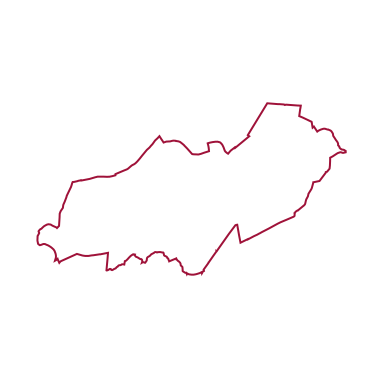 outline of Bunnik, Utrecht, Netherlands, rotated 122°
{"feature_id": "6326949B29533693769224", "entity_name": "Bunnik", "entity_type": "district", "adm_level": 2, "iso_a3": "NLD", "parent_name": "Netherlands", "parent_adm1": "Utrecht", "projection": "natural_earth1", "projection_center": [5.219, 52.039], "detail": "fine", "context": "isolated", "style": "outline", "palette": "rose", "viewbox_px": 384, "rotation_deg": 122, "n_neighbors": 0, "source": "geoboundaries", "source_scale": "gbopen_adm2", "svg_char_len": 5820}
<svg xmlns="http://www.w3.org/2000/svg" viewBox="0 0 384 384"><g transform="rotate(122 192 192)"><path d="M246.8,298.5L248.0,298.3L249.8,297.8L251.7,297.3L261.6,296.2L262.8,295.8L263.7,295.6L267.8,294.8L270.8,294.4L271.7,294.1L273.6,293.2L273.9,293.1L274.6,293.1L276.9,293.2L277.5,293.2L278.1,293.2L280.5,292.7L283.6,290.9L291.2,286.8L294.1,287.4L294.0,287.8L293.9,288.3L294.1,289.5L294.5,292.5L294.5,294.6L294.8,295.3L295.5,296.8L296.1,297.3L296.6,297.8L298.2,298.7L299.3,299.3L301.7,300.0L302.9,300.2L303.1,300.3L303.7,300.8L304.3,301.0L305.3,301.2L306.6,301.3L307.1,300.8L307.5,300.1L307.7,299.9L308.2,299.8L310.7,299.6L311.2,299.6L311.5,299.4L314.5,297.7L315.0,297.4L315.5,297.0L316.6,295.9L317.2,295.4L317.5,295.1L317.6,294.7L317.7,293.7L317.8,293.1L317.7,292.8L316.6,291.8L316.4,291.6L315.6,291.1L314.8,290.4L314.4,289.8L314.0,288.8L313.9,287.7L313.6,286.1L313.5,285.1L313.5,282.7L313.7,281.0L313.9,279.9L314.1,278.9L314.5,278.0L314.9,277.2L316.2,275.5L316.9,274.7L317.8,273.9L318.6,273.3L319.7,272.7L320.7,272.4L322.9,271.8L321.6,271.1L319.9,270.6L320.4,270.0L322.4,267.0L320.9,266.8L320.1,266.5L305.5,256.8L304.2,252.3L304.0,251.5L303.4,250.0L302.8,248.7L301.8,247.0L300.9,245.7L299.1,243.7L297.8,242.0L293.7,237.2L293.6,236.9L288.1,231.0L293.5,228.2L303.8,223.0L303.8,222.9L303.7,222.7L303.1,222.1L302.3,221.6L301.9,221.4L301.0,221.1L300.7,220.8L300.5,220.4L300.4,220.1L300.4,219.9L300.7,219.6L300.8,219.2L300.7,218.7L300.6,218.4L299.9,217.9L298.3,217.1L297.3,216.3L295.9,216.1L295.5,216.0L294.7,215.5L294.2,215.5L293.2,215.3L292.7,214.9L292.1,214.1L291.7,213.7L290.6,213.2L290.4,213.0L290.1,212.6L289.5,211.3L289.4,211.0L286.2,212.3L285.8,211.9L285.1,211.5L283.1,211.0L281.2,210.7L278.6,210.1L276.3,209.1L275.9,208.7L275.7,208.3L275.3,207.3L276.0,207.2L276.0,206.9L276.5,205.8L276.6,205.1L276.3,203.6L276.3,200.6L276.1,199.8L276.0,199.6L275.8,199.4L275.8,199.1L275.9,198.7L276.3,198.1L277.1,197.5L277.3,197.3L278.5,197.0L278.1,196.8L277.8,196.5L277.3,196.0L277.2,195.8L277.1,195.3L276.9,194.3L276.8,194.2L274.1,194.1L272.3,195.0L271.4,195.2L270.6,195.0L270.2,194.8L268.9,194.1L268.4,193.9L267.3,193.7L266.3,193.5L265.2,192.8L264.3,192.3L263.8,192.0L263.0,191.8L262.5,191.4L262.1,190.8L262.0,190.6L261.8,189.6L261.2,189.2L261.0,188.9L259.8,187.2L259.5,186.4L259.1,185.3L258.6,184.3L258.7,184.0L258.8,183.8L260.5,182.1L260.6,181.6L260.6,181.4L260.3,179.3L260.4,178.9L260.5,178.7L261.0,178.1L261.0,177.1L261.1,176.8L261.5,176.5L262.0,175.8L262.5,175.0L262.9,174.6L256.7,170.2L257.3,169.6L257.2,169.5L257.2,169.4L257.3,169.3L257.8,167.7L257.9,166.1L258.3,164.6L258.7,164.0L259.0,163.6L259.7,163.1L260.2,162.6L260.3,162.1L260.5,161.3L260.5,160.9L260.6,160.6L260.8,160.3L262.5,159.0L263.9,158.1L264.0,158.0L264.1,157.7L264.1,156.8L264.1,155.3L264.1,155.0L263.9,154.6L263.8,154.3L263.5,154.0L264.3,152.9L263.6,153.0L263.5,151.8L263.5,151.5L263.3,150.7L262.3,148.5L261.3,146.9L259.8,145.2L258.6,144.1L256.7,142.5L255.9,142.0L254.6,141.2L255.0,140.9L255.5,140.5L255.3,140.5L254.7,140.9L252.6,140.0L251.7,141.0L244.2,140.5L243.0,140.5L242.9,140.6L242.6,140.5L234.7,140.1L229.6,139.8L229.3,139.7L229.2,139.8L229.2,139.7L208.0,138.5L197.2,137.6L196.4,137.0L195.8,136.3L203.7,129.2L209.3,124.0L202.4,119.7L202.6,119.5L196.7,116.1L193.5,114.0L191.8,113.1L191.4,112.8L189.0,111.5L182.1,107.4L173.4,102.5L170.8,100.9L168.8,99.5L165.7,97.3L159.2,92.8L158.6,92.5L158.1,92.4L157.9,92.4L156.6,93.1L155.6,93.9L155.1,93.6L154.5,93.7L153.9,93.7L153.4,93.5L152.2,93.0L151.5,92.6L151.5,92.4L151.1,92.3L143.6,89.8L142.6,89.7L142.0,89.8L138.5,91.0L137.5,91.2L134.3,91.4L131.7,92.3L126.5,92.3L125.1,92.5L120.1,94.0L119.8,94.1L119.5,94.3L115.1,89.7L104.9,88.8L104.2,89.1L103.2,88.2L99.3,87.7L96.6,89.0L92.7,91.2L89.7,93.0L87.3,91.6L82.1,89.2L81.5,88.8L80.4,87.9L79.8,87.4L79.5,86.9L79.3,86.4L79.0,85.1L78.7,84.5L78.0,83.8L76.9,82.7L75.8,83.4L75.9,83.8L75.7,84.7L75.8,85.5L76.0,86.2L76.6,87.5L76.6,87.9L76.6,88.5L76.6,89.1L76.5,89.4L76.3,90.0L76.2,90.4L75.3,91.3L75.2,91.9L75.1,92.4L75.0,92.8L74.9,92.9L74.6,93.1L73.9,93.5L73.6,93.7L73.2,94.2L72.7,94.9L72.3,95.8L71.9,96.8L71.7,97.4L70.4,100.1L69.8,101.5L69.5,102.0L69.3,102.2L68.0,103.3L67.7,103.7L66.7,105.8L66.6,106.2L66.5,106.8L66.5,107.3L66.7,108.4L66.8,109.5L67.1,109.9L67.2,110.1L67.9,112.8L68.3,113.5L68.6,113.9L69.3,114.6L71.0,116.0L73.1,117.3L74.4,117.8L71.9,123.3L73.5,123.8L72.2,125.0L69.2,127.6L69.1,127.8L70.2,137.5L70.5,139.4L70.8,141.3L64.1,144.3L63.7,144.4L61.1,145.5L62.6,148.1L67.5,157.4L68.2,158.7L68.6,159.0L69.0,159.3L69.1,159.8L69.0,160.3L71.2,164.5L72.0,165.8L76.9,175.2L114.2,174.8L114.4,173.0L119.8,174.8L131.8,178.8L131.4,179.3L132.3,179.6L136.1,181.0L137.5,181.3L140.4,181.7L140.4,182.8L140.2,184.2L140.1,184.9L139.8,185.6L139.7,186.0L139.2,186.6L137.4,188.9L136.2,190.8L135.7,191.8L135.1,194.0L135.1,194.8L135.4,195.7L135.8,197.0L136.3,197.7L136.9,198.7L138.8,201.0L140.4,202.7L142.1,204.3L142.4,204.5L144.0,202.8L145.4,201.5L146.9,200.3L148.4,199.2L152.1,202.4L155.0,204.7L155.8,205.5L156.7,206.3L159.1,210.5L159.6,211.6L159.7,211.8L159.7,212.2L157.8,218.7L157.7,219.0L157.1,221.4L156.7,223.1L156.5,223.6L156.2,225.6L155.9,228.3L155.9,228.8L156.1,229.6L156.2,230.2L156.9,231.9L157.3,232.6L157.2,232.9L157.9,234.3L158.3,235.0L159.1,235.9L160.6,237.3L161.5,238.5L162.4,239.9L162.8,240.4L163.5,241.0L165.1,242.3L164.3,244.0L163.2,246.5L161.9,249.2L164.6,249.7L167.9,250.6L171.4,250.8L172.6,250.9L174.5,251.3L176.8,251.6L180.2,252.6L187.7,253.6L191.3,254.0L195.2,254.6L197.7,255.2L199.7,256.1L200.5,256.7L201.6,257.2L202.8,257.6L206.1,258.6L207.3,259.2L210.0,261.2L217.4,266.4L218.4,265.8L220.8,268.0L222.8,270.1L223.4,271.0L224.6,272.9L225.3,274.1L225.7,274.9L229.2,280.4L229.7,280.8L230.8,281.9L235.1,285.7L240.9,291.9L241.1,292.2L240.9,292.5L241.3,292.8L242.8,294.4L243.5,294.9L245.8,297.2L246.8,298.5Z" fill="none" stroke="#9f1239" stroke-width="2"/></g></svg>